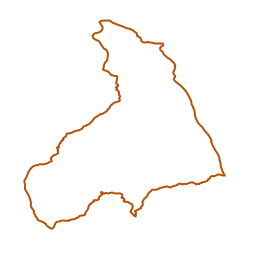 Laga, Baucau, East Timor, rotated 94°
{"feature_id": "22284137B62238566078682", "entity_name": "Laga", "entity_type": "district", "adm_level": 2, "iso_a3": "TLS", "parent_name": "East Timor", "parent_adm1": "Baucau", "projection": "equal_earth", "projection_center": [126.658, -8.504], "detail": "fine", "context": "isolated", "style": "outline", "palette": "amber", "viewbox_px": 256, "rotation_deg": 94, "n_neighbors": 0, "source": "geoboundaries", "source_scale": "gbopen_adm2", "svg_char_len": 5881}
<svg xmlns="http://www.w3.org/2000/svg" viewBox="0 0 256 256"><g transform="rotate(94 128 128)"><path d="M233.9,197.3L233.3,196.2L232.2,195.2L229.6,194.3L227.7,193.5L226.8,192.7L226.4,191.7L226.3,190.7L225.8,189.3L225.1,188.2L225.0,187.1L224.7,186.0L225.0,183.9L224.5,182.4L224.8,181.3L224.8,180.9L224.5,180.4L223.8,179.8L223.6,178.6L223.3,178.1L223.1,176.7L222.8,176.1L222.6,175.1L222.2,173.9L221.5,173.5L221.1,172.0L219.7,170.7L219.0,169.8L218.8,169.4L218.4,167.7L218.2,166.2L217.6,165.5L217.5,164.9L216.3,164.8L215.4,164.5L212.3,162.6L209.4,161.8L208.7,161.9L208.3,161.6L208.0,161.3L207.2,161.1L206.9,160.9L206.3,159.7L204.9,158.8L203.6,156.9L203.2,157.2L202.6,157.1L202.4,156.8L202.2,153.8L200.9,152.1L200.5,152.3L199.8,152.3L198.6,151.9L196.7,149.7L196.1,149.3L195.4,149.5L194.3,150.6L194.0,150.5L193.8,150.1L193.9,149.6L194.2,148.9L195.2,147.8L195.2,147.2L194.4,145.9L194.4,145.0L194.6,143.7L194.6,142.8L193.5,139.8L193.5,139.2L194.0,138.2L194.1,136.8L194.1,134.5L193.8,132.0L193.9,130.9L194.5,129.3L194.9,129.0L196.0,129.0L197.7,129.5L198.2,129.3L198.3,127.7L199.5,126.6L199.9,126.6L200.6,127.2L201.2,127.2L201.5,126.8L201.8,125.3L201.7,124.0L201.8,122.9L202.3,121.8L203.1,120.9L203.4,119.3L203.9,118.7L205.5,117.9L206.5,117.8L208.9,118.4L210.6,119.5L211.5,119.6L212.8,118.4L213.5,117.1L214.8,116.0L215.3,115.0L215.6,114.3L214.8,114.0L214.0,114.4L213.5,114.4L212.5,113.9L211.5,114.5L210.8,115.2L210.5,115.1L210.1,114.8L209.9,114.2L207.3,109.9L206.7,109.3L206.1,109.5L205.6,109.4L205.2,108.9L204.7,108.2L204.0,108.3L203.4,107.9L202.5,107.9L201.1,108.5L200.2,108.4L199.6,107.9L198.0,107.2L196.9,106.3L195.3,104.6L194.2,104.2L193.2,103.6L192.0,103.3L190.7,102.3L189.4,100.5L188.0,99.9L187.8,99.2L187.8,97.0L187.5,95.4L186.8,93.8L185.3,90.8L183.5,85.0L184.2,83.1L184.3,82.0L184.0,81.0L182.9,78.9L182.2,76.6L181.5,75.2L180.5,74.0L180.1,73.1L179.8,72.8L180.4,69.6L180.3,69.1L179.8,68.4L179.7,68.0L180.1,66.6L178.1,61.9L177.7,60.0L177.9,59.4L178.5,58.4L178.6,56.9L179.5,56.2L179.2,55.5L178.9,55.0L178.8,54.6L179.1,53.3L178.9,52.9L178.0,52.2L177.6,50.6L177.1,49.8L176.6,49.3L176.7,48.2L176.5,47.8L176.2,47.6L175.4,45.5L174.5,44.7L173.6,44.5L173.1,43.6L172.2,42.7L170.9,42.4L170.0,40.7L170.1,39.1L169.7,37.9L169.2,36.8L168.8,36.4L168.2,35.2L168.1,33.1L168.7,31.2L168.6,30.6L168.8,29.7L168.6,28.3L167.6,29.0L163.8,31.1L159.5,32.8L158.6,33.1L158.0,33.0L156.3,33.2L153.8,34.4L151.5,34.8L150.0,35.4L146.9,37.2L143.8,39.6L139.6,42.3L137.1,43.6L136.7,43.6L135.6,44.2L135.2,44.1L134.8,43.8L132.8,44.9L129.8,47.0L124.5,52.1L121.8,54.1L120.7,55.7L117.9,58.5L115.2,60.2L111.2,62.1L108.4,62.4L105.3,63.2L104.3,63.9L102.0,64.8L100.5,66.0L98.9,66.4L96.4,67.0L90.5,70.5L89.5,71.3L87.1,72.9L84.3,75.8L83.2,77.2L82.5,77.8L81.5,79.4L80.8,80.1L78.5,83.7L77.5,84.8L76.7,85.5L76.3,85.6L75.5,85.6L73.9,84.6L73.0,84.5L71.8,85.5L69.9,86.6L69.0,86.8L67.3,85.8L65.9,85.5L63.0,85.3L62.9,85.7L62.6,85.8L62.4,85.4L62.0,85.3L60.3,86.3L58.7,88.1L58.2,88.9L56.7,90.3L56.1,91.7L54.9,93.9L52.3,97.2L49.7,98.7L48.4,100.6L47.7,101.2L47.2,101.4L46.3,101.5L45.7,101.5L44.3,100.4L43.4,98.9L42.4,98.6L41.3,99.1L41.8,107.3L41.3,109.5L41.2,111.1L41.2,111.8L41.0,113.1L40.7,113.8L40.8,114.4L41.3,115.2L41.5,117.9L41.4,118.9L40.9,119.9L39.8,121.1L38.5,121.0L37.5,121.7L36.7,122.9L35.8,124.0L35.7,125.0L35.3,125.5L33.8,125.6L32.7,126.2L30.7,129.3L30.1,129.9L30.0,130.6L29.2,132.2L28.8,133.9L28.6,135.8L28.5,136.4L26.7,141.6L26.1,144.0L24.3,149.8L24.2,150.6L22.6,152.7L22.3,153.4L22.1,154.7L22.1,155.1L22.5,157.5L22.4,159.4L22.7,160.3L22.9,161.7L23.3,162.6L24.2,163.3L24.4,163.7L27.2,161.7L27.5,161.7L28.2,161.3L28.5,160.8L29.4,160.3L30.5,160.3L31.9,160.8L32.7,161.1L34.2,162.7L35.0,164.5L35.5,166.6L35.9,167.6L36.2,168.1L38.5,169.8L40.9,168.8L41.9,167.1L42.7,164.8L43.7,162.9L45.2,161.5L45.9,161.3L48.3,159.2L50.2,158.0L51.5,155.3L52.7,154.2L54.8,153.3L56.5,153.1L61.5,153.5L62.5,153.8L63.3,154.5L64.0,155.4L64.7,155.5L65.4,155.9L66.5,156.2L69.3,156.5L71.1,157.0L71.4,156.9L71.8,156.3L72.2,155.1L72.5,153.3L72.7,152.7L73.6,151.2L74.8,149.8L75.6,149.4L75.8,148.9L76.5,148.3L76.4,147.3L76.4,146.8L77.0,145.5L77.0,143.4L77.1,142.7L77.4,142.4L79.8,142.3L83.9,143.0L84.8,142.6L85.4,141.2L85.8,140.8L86.3,140.9L86.9,141.1L87.7,141.9L88.1,142.6L88.9,141.7L89.4,141.7L90.0,142.3L90.8,142.2L91.6,140.3L93.2,139.5L94.1,139.4L95.4,139.5L95.7,138.9L96.1,138.6L97.1,138.1L98.0,138.4L98.5,138.8L98.8,138.9L100.6,138.2L101.3,138.1L101.7,138.5L102.2,139.5L103.2,142.0L103.4,142.9L103.6,143.2L104.0,143.9L107.0,147.0L109.4,147.9L111.2,149.8L111.9,149.7L112.9,150.5L114.4,152.9L115.3,153.8L116.3,156.9L117.2,157.4L118.1,159.3L118.9,160.0L120.1,161.8L121.1,162.7L123.9,164.3L124.6,165.1L125.4,165.7L125.8,166.3L126.8,166.9L127.5,168.6L128.5,169.9L129.4,172.0L129.7,172.4L131.6,173.5L132.0,173.9L132.2,174.4L133.5,176.3L134.8,180.7L136.8,184.1L137.0,185.3L137.5,185.9L137.7,186.8L137.7,188.1L138.0,188.6L138.5,189.0L139.7,188.9L140.4,189.3L141.6,190.3L142.5,191.8L142.9,192.1L143.3,192.1L144.1,191.6L144.7,192.0L145.3,193.4L145.8,193.7L146.7,193.7L147.0,193.8L147.5,194.1L147.9,194.9L148.4,195.1L151.0,196.0L151.9,195.6L152.1,196.7L152.4,197.3L152.7,197.4L153.0,197.3L153.5,196.7L154.1,196.5L154.8,196.6L155.2,196.1L156.7,196.3L157.4,196.3L158.0,196.0L158.8,196.8L160.8,200.9L162.9,202.4L164.1,202.8L164.7,202.6L165.4,202.0L166.4,201.8L167.0,202.9L167.3,203.8L168.8,205.9L169.5,207.3L170.2,210.3L170.2,212.1L170.4,213.6L170.7,214.5L171.3,215.2L171.6,217.2L172.3,218.9L173.2,220.2L173.8,220.9L175.3,222.2L178.5,224.1L179.4,224.5L181.4,225.0L185.1,226.3L187.0,227.5L187.9,227.7L190.2,227.3L191.8,226.7L195.5,226.5L196.4,226.3L201.9,222.6L203.8,221.6L206.3,220.5L209.6,219.6L211.1,219.5L211.8,219.6L213.4,219.2L215.4,217.7L217.5,215.8L219.0,216.2L219.6,215.9L221.1,214.6L222.1,214.3L224.3,212.5L225.9,211.6L226.2,211.2L227.3,207.5L227.9,206.1L229.2,203.6L229.4,203.3L231.1,202.3L233.9,197.3Z" fill="none" stroke="#b45309" stroke-width="2"/></g></svg>